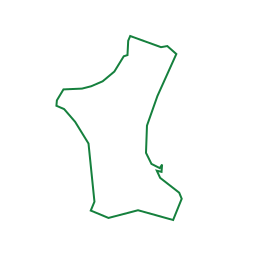 Chester, Tennessee, United States of America (Robinson projection), rotated 292°
{"feature_id": "52423323B69981881388285", "entity_name": "Chester", "entity_type": "district", "adm_level": 2, "iso_a3": "USA", "parent_name": "United States of America", "parent_adm1": "Tennessee", "projection": "robinson", "projection_center": [-88.588, 35.42], "detail": "fine", "context": "isolated", "style": "outline", "palette": "green", "viewbox_px": 256, "rotation_deg": 292, "n_neighbors": 0, "source": "geoboundaries", "source_scale": "gbopen_adm2", "svg_char_len": 550}
<svg xmlns="http://www.w3.org/2000/svg" viewBox="0 0 256 256"><g transform="rotate(292 128 128)"><path d="M214.7,145.1L218.7,133.7L215.3,128.3L214.1,95.6L209.0,95.5L195.4,100.2L192.9,97.2L175.2,94.2L161.8,87.0L152.9,78.2L147.3,70.6L139.6,53.7L127.0,51.7L121.8,53.3L121.6,61.7L113.9,76.7L98.8,97.2L47.1,124.5L37.5,124.4L37.3,143.6L55.5,168.1L59.6,204.3L82.5,204.3L87.2,199.7L93.8,176.5L99.2,170.7L99.9,175.5L106.9,173.3L102.7,172.5L103.5,163.2L111.7,154.0L137.3,144.7L168.6,143.3L214.7,145.1Z" fill="none" stroke="#15803d" stroke-width="2"/></g></svg>